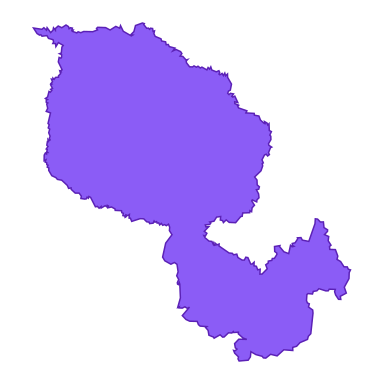 Ciamis, Jawa Barat, Indonesia
{"feature_id": "22746128B17121530580660", "entity_name": "Ciamis", "entity_type": "district", "adm_level": 2, "iso_a3": "IDN", "parent_name": "Indonesia", "parent_adm1": "Jawa Barat", "projection": "robinson", "projection_center": [108.425, -7.311], "detail": "fine", "context": "isolated", "style": "filled", "palette": "violet", "viewbox_px": 384, "rotation_deg": 0, "n_neighbors": 0, "source": "geoboundaries", "source_scale": "gbopen_adm2", "svg_char_len": 5841}
<svg xmlns="http://www.w3.org/2000/svg" viewBox="0 0 384 384"><path d="M161.0,38.8L155.2,36.4L153.9,33.6L154.5,30.9L153.1,31.4L152.6,28.5L150.5,28.2L149.6,29.3L148.4,28.1L146.7,28.3L143.7,24.5L144.3,23.6L142.4,23.0L135.5,25.5L133.9,31.6L130.9,34.6L132.8,35.0L131.3,35.9L123.3,31.3L120.5,25.6L119.7,28.2L115.8,26.4L110.1,30.0L105.6,27.6L97.7,27.3L96.5,28.4L97.5,29.9L92.8,31.7L83.7,31.5L80.8,32.7L78.1,31.8L76.8,32.9L72.5,31.4L73.2,30.1L71.9,30.3L72.4,28.1L70.4,27.7L69.1,28.7L68.5,26.6L66.0,25.0L61.8,27.7L58.2,26.0L55.4,28.5L55.4,30.2L53.5,27.8L53.0,30.2L50.7,32.6L47.1,27.7L46.5,30.2L43.9,27.7L41.9,29.3L33.5,28.0L37.0,33.5L39.5,35.1L40.8,34.7L42.0,36.2L46.9,35.6L48.5,38.4L53.0,39.7L53.6,42.0L52.8,43.5L55.5,43.6L55.9,46.6L58.4,42.6L63.2,45.4L61.9,47.1L61.3,53.0L59.5,53.7L61.6,54.6L61.6,57.2L60.9,58.2L59.1,57.4L58.3,61.9L62.1,69.8L60.7,70.6L61.0,71.5L59.8,70.9L60.6,73.6L58.5,75.8L58.5,77.2L55.5,77.4L54.2,79.3L53.0,78.2L53.1,79.3L51.4,79.1L52.5,81.7L50.9,83.6L51.8,84.1L50.6,84.7L52.5,88.5L50.6,89.3L51.8,90.5L50.3,92.2L49.0,91.4L47.6,96.9L45.4,98.5L47.4,99.5L46.3,100.0L46.2,102.2L47.8,103.0L46.7,104.0L47.7,108.3L46.2,111.4L50.5,112.9L48.0,123.5L49.2,124.7L48.2,127.9L49.7,129.1L48.7,132.8L50.1,136.2L49.3,138.4L50.1,139.9L49.0,140.7L48.0,139.5L48.1,141.7L47.4,141.6L46.8,145.2L48.0,146.5L46.2,149.0L47.3,149.5L46.8,151.4L47.8,152.5L46.4,152.6L46.5,153.9L45.3,153.1L44.2,155.1L44.1,160.7L45.9,159.8L45.1,162.0L46.7,162.8L46.8,164.7L48.0,165.2L47.2,167.1L48.8,168.0L48.7,170.4L51.8,175.7L55.9,177.6L57.4,179.4L61.7,180.2L67.3,185.4L68.6,188.4L71.1,187.9L71.2,189.4L75.2,193.1L79.1,193.1L81.3,196.1L80.9,198.5L84.8,199.1L86.4,198.8L87.1,197.2L88.4,198.2L88.9,196.5L90.6,197.4L95.4,206.8L97.4,206.4L99.1,208.2L101.1,206.5L101.2,208.0L105.2,205.7L106.7,206.8L107.2,205.3L108.4,205.9L107.9,207.8L111.5,207.0L115.0,208.9L115.2,210.4L121.5,210.7L121.8,212.7L123.3,213.3L122.9,215.6L124.9,216.0L125.1,217.3L126.2,216.6L126.0,214.9L127.8,215.6L129.4,214.5L129.1,218.1L130.4,218.2L131.7,221.4L140.0,218.7L143.7,218.8L146.7,221.8L149.2,222.2L149.6,223.6L153.1,223.2L154.1,221.0L155.0,222.2L156.6,221.6L157.1,223.1L158.7,222.9L159.7,224.9L161.3,223.4L162.7,225.3L164.6,224.6L166.3,225.7L168.5,224.2L169.7,227.2L169.4,230.6L172.0,234.7L165.7,243.1L162.6,257.1L164.8,260.8L170.9,264.2L174.4,262.5L177.0,264.3L178.1,271.9L176.7,275.8L178.7,279.5L177.3,282.7L177.6,284.2L178.5,284.6L179.3,282.6L179.8,284.2L180.4,297.9L177.7,307.5L179.3,306.8L179.0,307.9L182.3,308.1L184.9,306.8L187.4,308.4L189.5,307.1L182.3,315.6L186.0,319.5L189.7,321.2L197.2,321.4L198.4,324.6L200.1,326.1L206.8,326.6L205.6,327.5L208.1,330.4L208.9,335.2L213.5,337.1L214.1,338.2L220.1,334.8L222.6,337.1L224.1,337.0L228.5,332.8L231.9,333.0L233.3,331.6L233.7,332.5L238.4,332.2L238.3,333.8L243.0,338.0L246.8,339.4L238.8,339.2L234.6,343.6L235.3,347.8L237.0,349.1L235.1,350.8L233.6,350.4L234.7,353.2L238.5,356.9L238.0,358.9L239.1,361.0L248.2,360.2L250.4,356.9L250.9,351.7L255.9,354.6L262.2,356.3L263.4,357.9L265.8,358.1L270.6,354.3L277.1,355.9L283.8,349.8L292.8,350.5L292.7,347.4L296.6,346.3L300.0,342.6L307.5,339.4L308.3,336.3L310.8,333.7L313.0,313.1L312.7,310.0L308.5,307.0L309.3,303.8L307.4,302.9L306.5,300.6L306.9,294.5L308.0,293.6L312.5,294.0L313.3,291.4L316.9,290.8L318.9,288.7L325.9,290.9L328.3,290.8L329.2,289.2L335.3,289.4L334.6,291.7L335.6,294.9L338.5,299.3L340.8,299.4L340.3,296.3L346.3,293.1L344.3,287.2L349.0,278.6L349.2,272.6L350.5,269.9L348.3,269.2L347.3,266.9L344.0,266.8L340.6,261.5L337.0,259.4L337.8,256.1L335.4,249.6L329.8,249.4L329.5,246.5L331.0,245.2L328.2,240.8L328.7,236.5L324.5,234.6L327.5,231.4L327.6,229.8L324.0,227.6L323.4,221.9L320.4,222.0L317.6,219.1L315.3,218.8L315.0,223.6L308.8,241.4L302.3,240.1L301.0,237.6L297.4,237.8L297.7,238.8L295.1,242.8L292.2,243.5L292.5,245.5L293.9,246.3L292.1,246.8L290.5,245.3L288.7,253.6L283.9,251.8L279.5,246.5L279.9,245.6L274.5,246.5L274.7,251.5L276.7,253.0L276.9,254.4L274.4,258.4L272.3,258.5L271.8,260.4L268.3,261.1L268.2,263.0L265.7,264.8L267.2,268.8L262.0,274.1L259.9,274.1L260.2,269.2L257.7,269.8L256.4,266.3L254.0,265.8L254.1,262.2L252.0,264.1L250.7,264.0L247.9,257.6L245.8,257.2L244.3,260.1L242.2,260.1L237.9,257.5L236.8,254.1L233.6,254.8L232.3,253.3L229.1,253.0L219.0,246.0L219.1,244.0L217.1,244.8L215.8,243.7L216.1,244.8L214.6,245.3L213.8,242.9L213.3,244.4L211.9,241.4L209.0,241.1L205.1,237.8L203.9,235.6L205.4,236.0L206.9,233.3L204.3,231.3L208.7,226.7L205.8,226.8L205.3,224.9L209.8,224.4L210.8,223.0L209.8,222.0L214.0,221.2L216.6,217.1L220.7,216.5L220.3,220.0L222.6,220.6L223.4,222.6L226.2,219.9L229.2,222.4L235.6,222.7L240.7,216.6L242.2,216.3L242.7,213.0L249.7,212.7L249.9,210.7L251.6,211.7L252.1,207.8L254.5,205.2L251.7,200.9L252.3,199.9L256.7,201.9L257.0,199.8L259.0,197.8L258.6,193.9L256.4,189.7L258.7,189.2L259.4,186.8L257.2,184.9L257.0,180.0L254.6,177.0L261.0,170.8L262.7,165.9L262.2,163.6L263.3,162.9L262.0,159.8L264.5,155.0L266.2,154.2L267.6,156.0L269.4,154.6L268.5,152.7L270.5,147.7L271.7,147.1L268.9,145.3L268.5,143.7L270.9,139.6L270.8,136.2L269.8,135.1L271.4,131.6L269.3,130.5L269.0,123.7L267.8,125.0L267.0,123.0L264.6,121.6L265.1,123.6L264.3,123.5L260.5,120.1L258.9,116.0L254.4,115.2L254.2,113.4L245.9,112.9L246.9,110.8L238.5,107.9L237.5,105.6L239.3,105.4L234.8,103.6L234.7,101.8L237.8,102.5L234.8,96.1L232.8,97.1L231.8,96.4L233.5,93.9L230.4,93.3L229.0,94.6L227.7,93.3L228.5,91.1L230.3,90.2L231.5,84.1L227.6,77.3L227.5,74.0L225.6,75.8L224.8,73.1L223.4,75.6L222.1,73.4L219.9,74.8L219.0,74.1L219.7,72.4L218.9,70.7L216.3,71.8L211.8,70.0L210.8,66.9L209.6,69.1L208.1,67.5L206.9,69.9L201.9,67.1L200.3,68.0L198.0,66.2L196.4,67.2L194.0,65.9L192.6,66.9L189.6,66.8L186.5,62.8L186.2,61.0L187.5,59.6L186.1,60.0L182.8,56.4L180.1,56.1L181.9,53.6L180.6,51.6L176.1,49.5L172.9,50.9L175.0,48.1L169.3,46.6L168.3,44.5L166.2,44.7L165.6,41.8L161.6,41.0L161.0,38.8Z" fill="#8b5cf6" stroke="#5b21b6" stroke-width="1.5"/></svg>